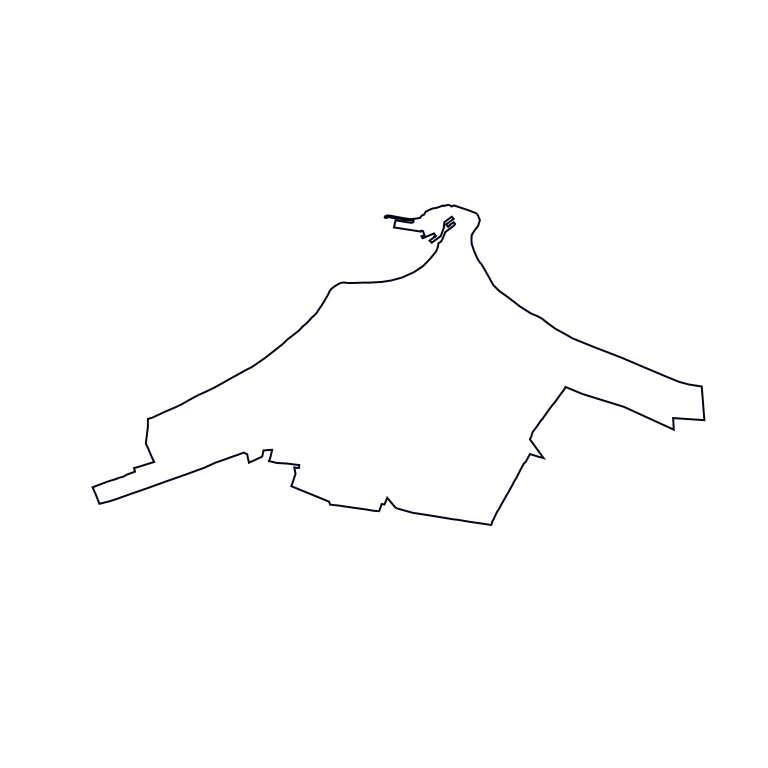 Toamasina I, Atsinanana, Madagascar (Natural Earth projection), rotated 256°
{"feature_id": "10022922B32937301443957", "entity_name": "Toamasina I", "entity_type": "district", "adm_level": 2, "iso_a3": "MDG", "parent_name": "Madagascar", "parent_adm1": "Atsinanana", "projection": "natural_earth1", "projection_center": [49.402, -18.143], "detail": "fine", "context": "isolated", "style": "outline", "palette": "ink", "viewbox_px": 768, "rotation_deg": 256, "n_neighbors": 0, "source": "geoboundaries", "source_scale": "gbopen_adm2", "svg_char_len": 4927}
<svg xmlns="http://www.w3.org/2000/svg" viewBox="0 0 768 768"><g transform="rotate(256 384 384)"><path d="M407.2,146.5L399.1,144.4L384.0,138.5L378.2,139.6L371.6,140.6L367.7,141.3L363.9,142.1L363.7,137.2L363.4,132.6L363.0,125.6L362.9,121.1L359.2,121.2L358.2,112.1L357.4,109.9L357.2,108.9L357.1,107.8L357.1,105.2L357.1,103.6L356.8,102.7L356.5,98.8L356.3,93.9L356.0,91.0L355.6,87.2L355.1,83.2L354.7,79.5L354.5,78.6L354.3,77.6L354.3,76.3L345.7,77.7L336.6,78.9L336.6,84.7L336.6,89.6L336.7,90.7L336.9,94.5L337.9,104.5L338.9,114.8L339.5,122.1L340.1,128.5L340.9,136.2L341.5,142.4L342.2,148.8L342.7,154.8L342.8,155.7L343.3,161.1L343.8,166.1L344.0,167.4L344.0,168.9L344.3,171.5L344.7,175.0L345.4,181.6L345.9,186.6L346.3,189.8L347.4,195.9L348.1,199.4L348.5,201.7L348.7,204.5L349.2,210.1L349.5,213.1L349.8,215.8L350.0,217.6L350.3,220.4L350.5,223.6L350.8,226.5L351.4,231.3L348.9,234.3L346.7,234.1L344.9,234.0L342.6,234.0L340.3,233.9L341.4,239.9L343.0,248.2L348.7,251.1L347.2,259.5L343.7,257.8L342.1,256.9L341.2,256.5L339.6,255.6L337.0,253.8L333.2,261.2L331.6,266.4L330.4,270.3L328.8,274.5L327.7,277.2L325.9,282.1L323.2,281.3L323.4,280.2L323.7,279.2L324.7,276.8L319.8,276.5L318.2,276.4L312.5,272.8L309.4,270.8L308.3,270.0L307.3,269.3L283.1,302.3L280.0,302.5L278.3,307.0L276.7,311.5L274.7,316.1L273.0,320.4L271.3,324.5L269.7,328.5L267.0,335.3L264.1,341.9L263.2,344.1L261.8,348.6L268.1,352.7L267.0,355.2L268.5,356.5L270.0,357.6L271.6,358.7L272.8,359.6L262.1,364.8L261.4,365.3L261.1,365.6L260.4,366.2L259.7,367.3L258.4,369.6L251.8,381.2L250.0,385.7L245.0,397.6L241.1,406.6L235.9,418.6L234.5,422.5L229.5,433.9L224.7,445.7L221.2,454.0L222.9,455.0L223.8,455.5L224.7,456.1L225.6,456.9L226.2,457.6L228.9,459.7L230.3,460.9L232.3,462.5L234.3,464.6L235.8,466.2L238.0,468.0L240.5,470.5L243.7,473.5L247.5,477.1L249.4,479.0L251.8,481.2L253.6,482.9L255.5,484.7L256.5,485.5L258.4,487.2L259.4,488.2L261.5,490.3L266.3,494.4L267.4,495.3L272.8,500.3L274.4,502.9L275.0,503.4L278.1,506.3L280.7,508.7L280.0,509.8L278.8,511.8L277.5,513.9L276.4,515.7L275.9,516.6L275.4,517.2L275.0,518.2L274.7,519.0L273.9,520.2L273.5,520.9L295.0,512.2L296.2,513.2L297.3,514.1L298.1,514.7L299.4,515.3L301.7,516.9L304.8,520.9L308.4,525.0L309.9,526.5L312.0,529.6L312.7,530.3L314.9,532.9L317.9,536.3L321.0,540.1L323.2,542.9L325.5,546.0L328.7,549.8L331.7,553.3L332.5,554.3L333.7,555.8L334.7,557.2L337.2,559.4L329.2,570.2L326.0,574.6L303.7,611.4L269.6,654.1L275.6,655.3L281.0,656.3L271.4,686.1L304.7,691.7L309.7,679.8L314.6,671.0L323.2,659.2L339.6,637.4L352.4,620.4L367.9,598.3L382.5,578.2L389.6,570.8L396.0,563.8L400.9,559.6L404.4,556.8L409.4,552.9L413.0,549.0L416.3,544.4L417.5,543.1L417.8,542.8L426.2,534.8L438.2,525.3L446.0,518.6L446.6,518.2L448.9,516.8L453.5,514.0L458.9,512.5L463.0,511.5L465.3,510.8L468.9,509.8L473.2,508.6L476.6,507.6L479.1,506.2L483.0,505.0L491.1,503.6L498.4,503.0L501.1,503.4L505.9,504.6L507.7,505.5L510.8,508.7L514.8,513.7L515.7,514.2L519.8,516.7L525.0,515.9L527.2,515.0L532.4,507.6L535.0,503.5L540.4,495.0L539.9,492.4L540.9,491.8L541.9,490.3L542.3,489.2L542.3,484.7L542.9,484.5L542.2,478.1L542.5,474.1L542.4,472.2L542.0,470.6L541.9,469.2L541.4,467.7L541.1,466.1L539.6,464.8L538.5,463.6L538.4,461.6L537.9,460.9L536.5,459.3L536.6,457.0L536.8,454.8L536.9,453.6L537.5,450.3L538.1,448.3L539.0,445.9L541.0,441.3L545.3,431.9L546.0,430.3L546.5,429.1L546.7,428.1L546.8,427.5L546.5,427.0L546.4,426.4L546.5,425.8L545.5,424.9L545.2,425.0L544.6,426.4L544.6,427.1L544.9,427.7L545.0,428.2L544.9,428.6L544.2,430.1L542.0,435.2L541.0,438.0L538.1,444.4L537.9,444.9L537.7,445.8L536.2,449.7L535.8,452.1L534.2,451.9L533.8,451.3L533.8,450.4L533.8,449.4L540.0,434.8L533.5,431.5L523.0,456.6L523.6,457.1L523.7,457.6L522.8,458.9L521.2,459.0L518.5,459.3L518.2,456.1L516.7,456.6L516.1,456.8L517.5,465.7L518.0,469.0L515.3,470.1L515.1,468.7L514.5,469.1L512.1,462.9L510.2,464.0L509.5,464.5L513.5,474.2L513.6,474.7L522.0,480.5L522.6,480.2L525.7,481.5L526.5,481.8L527.2,483.6L529.1,488.1L529.9,490.2L527.3,491.5L526.1,488.5L523.8,482.8L521.0,484.2L521.7,485.9L522.1,485.8L523.1,488.2L524.0,490.8L522.1,491.7L520.8,490.4L517.6,482.6L516.6,480.2L515.6,479.5L512.7,477.4L511.8,476.8L510.1,475.5L508.6,474.0L508.0,473.0L507.4,470.9L504.1,469.5L499.9,466.6L497.4,463.1L494.2,458.9L489.0,450.5L485.3,440.3L484.0,433.1L482.9,427.0L482.7,415.6L483.6,406.3L483.8,405.3L486.0,393.8L487.2,389.2L490.3,374.8L491.3,372.0L492.3,369.2L492.5,367.4L492.2,364.6L491.4,361.7L490.0,358.0L489.3,356.5L488.7,355.5L487.1,353.6L485.1,352.1L481.1,348.3L478.2,345.5L474.2,341.2L472.6,339.4L470.0,336.6L468.0,334.1L466.0,330.1L461.7,323.8L459.7,319.4L456.4,314.3L454.2,309.4L452.1,304.6L450.5,300.9L448.9,298.2L447.3,295.5L440.6,280.6L438.0,274.8L433.8,263.6L432.3,259.4L430.8,252.7L428.2,243.2L426.2,235.6L426.0,234.7L424.0,227.7L421.6,218.7L419.7,209.8L417.9,199.7L417.5,198.4L415.2,189.7L413.1,182.3L412.0,176.5L411.7,175.1L410.0,164.4L407.4,151.2L407.2,146.5Z" fill="none" stroke="#020617" stroke-width="2"/></g></svg>